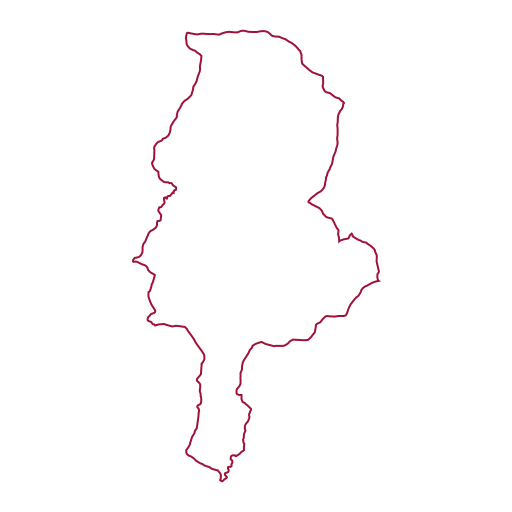 the district of Matanza, Santander, Colombia
{"feature_id": "7082276B77365397936379", "entity_name": "Matanza", "entity_type": "district", "adm_level": 2, "iso_a3": "COL", "parent_name": "Colombia", "parent_adm1": "Santander", "projection": "orthographic", "projection_center": [-73.058, 7.329], "detail": "fine", "context": "isolated", "style": "outline", "palette": "rose", "viewbox_px": 512, "rotation_deg": 0, "n_neighbors": 0, "source": "geoboundaries", "source_scale": "gbopen_adm2", "svg_char_len": 6046}
<svg xmlns="http://www.w3.org/2000/svg" viewBox="0 0 512 512"><path d="M378.7,280.9L377.9,280.3L377.3,276.7L377.4,274.6L377.8,273.5L378.6,272.6L378.9,271.5L376.6,261.5L376.8,256.0L376.3,254.1L375.3,252.3L374.9,250.2L373.7,248.5L370.6,245.8L367.9,244.1L366.0,242.5L363.9,242.2L361.8,241.5L360.8,240.7L358.7,240.0L353.2,236.7L352.8,236.3L352.3,234.6L351.7,233.7L349.9,235.2L348.8,237.8L348.2,238.5L343.5,239.4L339.7,240.8L339.2,241.3L339.0,237.8L338.1,234.3L338.5,230.4L338.1,229.5L337.3,228.8L336.0,226.5L332.7,219.7L331.7,218.5L327.5,217.5L325.7,216.6L324.9,215.5L323.1,213.8L321.9,210.7L319.5,208.2L311.3,204.0L310.2,203.0L308.7,202.4L308.4,201.8L308.7,200.9L311.2,198.1L317.4,193.2L320.7,191.4L322.4,189.8L324.2,187.3L324.9,185.0L325.1,183.0L325.8,180.1L326.0,177.6L327.0,175.5L327.3,173.7L328.3,171.4L329.6,169.4L330.2,167.5L332.0,163.9L333.4,156.5L335.5,151.7L336.3,148.3L337.4,144.8L337.6,142.7L337.1,138.3L337.6,135.0L337.6,128.0L337.3,126.4L337.3,124.5L337.7,122.1L337.9,116.6L338.7,113.8L339.8,111.9L339.8,111.3L341.6,109.4L342.9,106.6L343.3,103.9L344.0,103.0L343.9,102.7L342.6,101.4L341.0,100.4L339.1,98.4L335.3,97.3L329.8,93.0L326.2,92.2L324.5,90.9L324.1,89.8L322.9,87.6L322.7,86.7L322.7,85.2L323.2,83.7L323.0,76.8L322.1,75.9L312.5,72.4L308.8,69.6L302.7,64.2L302.0,63.1L301.6,60.1L301.5,54.6L300.5,52.2L300.3,51.0L298.8,49.8L297.1,47.6L294.9,45.4L291.9,43.1L288.8,41.5L285.4,39.2L282.7,38.3L279.1,36.7L275.1,36.5L272.4,35.9L271.1,35.1L270.6,34.4L268.5,32.6L266.8,31.6L263.9,31.1L261.7,31.1L256.6,32.0L252.4,32.0L248.5,31.8L244.5,30.8L243.0,30.7L240.8,31.0L237.7,32.3L234.8,32.4L228.9,31.8L225.6,32.3L221.3,33.6L219.1,34.7L213.6,34.0L208.5,34.1L203.4,33.7L201.3,33.7L197.5,34.4L196.0,34.3L191.2,33.5L189.1,32.9L187.3,32.8L187.0,33.1L186.5,34.4L185.9,38.4L186.2,39.3L186.6,43.8L187.2,45.2L188.4,46.9L190.0,48.6L193.6,50.3L194.9,50.6L197.3,52.7L199.7,54.1L201.4,55.9L201.2,59.3L199.9,66.5L200.1,68.9L199.9,71.0L197.8,76.5L196.6,81.1L195.3,83.8L193.4,86.6L193.0,89.5L191.3,95.2L187.4,99.1L184.9,100.6L183.5,101.9L181.7,104.3L181.5,105.2L180.8,106.2L180.5,107.1L177.7,111.5L176.8,115.3L176.9,116.6L176.5,117.7L174.0,120.9L171.0,125.9L170.5,127.7L170.5,129.7L169.8,132.6L168.3,135.6L165.5,137.9L162.8,138.7L162.3,139.9L161.3,140.8L158.1,142.0L156.2,143.9L154.4,146.6L154.1,148.2L154.4,150.3L154.1,158.5L153.9,159.6L152.0,162.9L152.6,165.4L154.1,168.4L155.4,169.8L158.3,171.7L158.7,175.9L159.6,178.4L161.2,179.9L164.1,182.0L165.8,182.3L168.2,182.3L169.4,183.1L170.9,183.0L171.6,183.2L172.9,185.2L176.1,187.4L176.1,189.5L175.7,189.9L174.5,190.1L174.1,191.0L173.6,191.3L173.6,193.0L172.5,192.8L170.1,195.9L168.4,196.0L167.7,196.3L167.2,197.1L166.9,198.6L166.5,198.6L165.5,197.4L164.9,197.5L164.1,197.9L163.9,198.9L164.6,202.6L164.2,203.5L162.6,205.0L161.1,207.2L159.4,207.3L159.2,207.5L158.3,210.1L158.4,211.1L161.2,215.1L160.6,220.2L159.6,220.9L157.5,221.1L157.1,222.2L156.9,225.6L156.0,227.5L152.7,230.0L151.1,230.7L149.8,231.7L148.5,233.5L148.1,234.9L146.7,237.8L145.6,240.7L145.0,241.9L143.6,243.6L143.1,244.9L142.6,246.9L142.5,252.1L141.2,254.9L139.9,256.2L139.0,256.9L137.6,257.4L134.7,257.9L133.2,259.8L133.1,261.5L133.5,261.8L135.6,261.6L137.3,261.9L141.6,264.1L145.2,265.4L146.6,266.6L147.4,267.7L148.1,269.9L149.1,271.1L150.5,272.4L153.2,273.9L154.9,275.1L152.8,282.4L151.7,284.5L151.3,286.7L150.5,289.4L149.8,291.1L149.2,291.8L148.6,292.0L148.4,294.4L148.5,296.8L150.0,301.3L151.5,304.6L155.2,310.5L155.2,311.5L155.1,312.0L154.3,312.9L151.0,314.0L149.2,316.3L148.3,317.0L147.7,318.2L147.6,319.9L147.8,320.4L148.5,321.0L150.8,321.8L151.5,322.4L152.4,323.8L153.1,324.3L154.3,324.5L155.1,325.5L158.3,324.5L163.7,324.0L164.5,324.1L166.4,324.9L172.1,326.4L173.0,326.4L175.0,325.9L177.4,325.9L184.6,326.9L185.2,327.2L187.0,329.1L187.8,330.7L192.0,336.4L193.8,339.0L195.6,342.5L202.0,351.3L203.8,354.2L204.3,355.6L204.4,359.0L204.1,359.9L203.1,361.8L201.5,363.9L201.6,365.0L200.9,374.2L199.9,375.6L197.8,377.9L197.0,379.0L196.8,380.1L197.1,380.9L199.1,382.7L200.2,384.4L200.2,387.6L200.0,388.4L199.8,391.5L200.6,393.7L200.7,396.1L201.2,398.0L201.3,400.4L200.8,403.5L200.3,404.1L197.8,405.5L197.2,406.4L197.5,407.4L198.6,408.6L199.2,411.0L198.8,412.1L198.4,416.7L196.8,428.2L194.9,431.0L194.4,433.2L192.0,437.1L189.5,445.3L188.2,447.5L186.2,450.3L186.3,452.5L186.7,453.6L187.4,454.6L188.6,455.5L191.3,456.6L194.2,458.7L196.1,460.8L200.6,463.5L202.5,464.0L203.6,465.0L205.8,466.0L209.5,467.1L211.9,468.9L217.8,470.4L219.6,472.6L220.8,474.5L220.8,478.6L220.1,480.0L220.6,480.5L222.0,481.3L222.5,481.2L224.6,479.2L226.6,477.9L226.9,477.4L226.7,476.8L225.1,475.2L224.9,473.7L225.5,472.9L227.4,472.5L228.3,471.7L228.6,471.1L228.6,469.9L228.0,468.6L228.0,467.3L228.4,466.9L230.7,466.8L231.5,466.1L231.5,464.2L232.4,462.7L232.3,460.9L231.9,460.2L230.7,459.4L230.8,457.0L231.1,456.3L232.4,455.3L235.0,455.4L235.7,456.1L236.5,456.0L236.7,455.6L238.0,455.0L239.9,453.6L241.5,451.8L243.7,450.6L244.1,450.0L243.8,448.2L244.3,443.9L243.5,442.6L243.1,439.5L243.7,438.0L244.0,434.0L245.4,430.7L245.4,430.1L244.8,428.8L244.9,426.1L245.6,424.2L248.0,421.3L249.3,418.0L249.4,416.6L249.1,415.6L249.1,414.4L250.3,411.1L251.0,410.0L251.0,408.9L247.3,405.2L246.4,404.6L244.4,402.7L243.0,402.3L242.6,402.0L241.5,399.0L241.5,395.0L238.9,394.9L237.0,394.1L236.5,392.9L236.6,389.9L237.0,389.0L239.4,386.1L240.5,383.8L240.6,380.3L240.4,377.8L240.6,376.4L240.5,373.1L242.0,369.3L242.1,365.9L242.8,362.7L243.7,360.5L248.2,353.6L250.0,349.8L252.1,347.5L252.6,345.7L256.0,343.7L261.4,341.9L265.7,344.0L274.1,346.2L275.5,345.9L282.8,345.9L284.5,345.6L286.7,344.3L288.0,343.4L290.0,341.2L293.0,339.6L302.6,340.2L305.1,340.2L308.0,339.9L310.8,337.4L314.8,332.2L315.8,326.8L315.9,325.3L316.2,324.5L317.4,323.6L320.3,322.3L322.8,319.0L325.3,316.6L326.9,316.0L329.2,316.3L334.6,316.6L338.4,316.0L343.7,316.0L345.5,315.5L346.1,314.9L346.8,313.7L349.1,307.2L349.1,307.4L350.5,304.5L355.0,298.7L356.6,297.1L357.6,296.6L358.8,295.3L360.7,292.1L361.3,290.2L363.0,288.0L365.6,286.2L366.8,285.8L372.1,282.8L375.4,281.6L378.7,280.9Z" fill="none" stroke="#9f1239" stroke-width="2"/></svg>